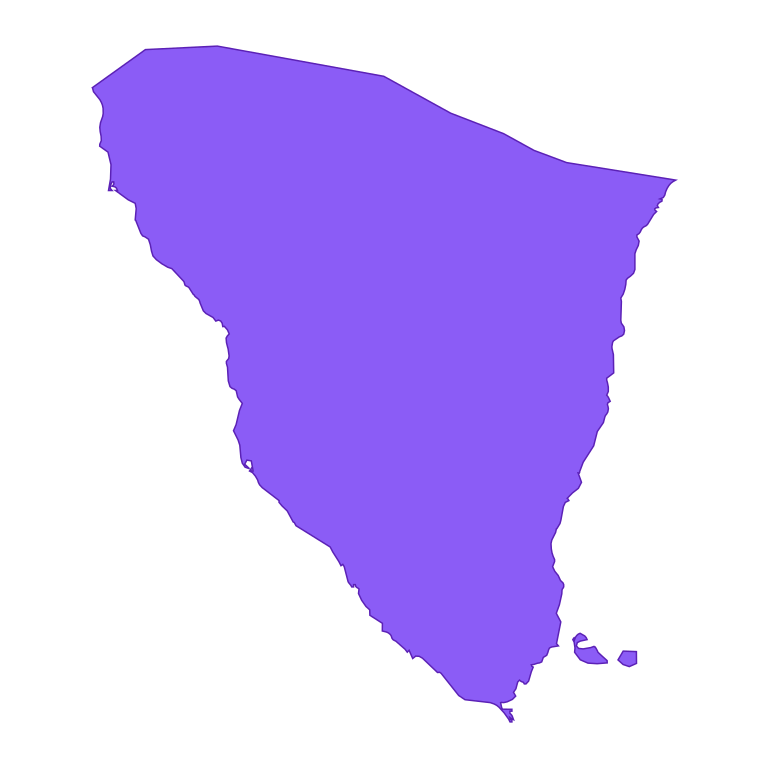 Janub Sina', Robinson projection
{"feature_id": "EGY-1557", "entity_name": "Janub Sina'", "entity_type": "Governorate", "adm_level": 1, "iso_a3": "EGY", "parent_name": "Egypt", "parent_adm1": "", "projection": "robinson", "projection_center": [33.959, 28.827], "detail": "fine", "context": "isolated", "style": "filled", "palette": "violet", "viewbox_px": 768, "rotation_deg": 0, "n_neighbors": 0, "source": "natural_earth", "source_scale": "10m", "svg_char_len": 4800}
<svg xmlns="http://www.w3.org/2000/svg" viewBox="0 0 768 768"><path d="M675.7,180.1L673.0,181.6L670.8,183.3L668.9,185.5L667.1,188.4L665.6,191.9L664.8,195.1L663.3,197.5L660.0,198.9L660.9,199.1L661.7,199.2L662.1,199.6L661.9,201.2L659.7,202.3L658.0,203.9L657.3,205.7L658.4,207.5L655.9,207.9L654.7,208.8L654.9,210.0L656.6,211.5L653.6,214.5L647.6,224.3L646.3,225.6L643.5,227.1L642.2,228.3L641.1,230.1L640.3,231.9L639.0,233.6L636.9,235.0L636.9,236.9L639.1,241.1L638.3,245.5L636.2,249.8L634.9,253.7L634.9,269.5L633.5,273.3L630.5,276.1L627.5,278.3L626.1,280.1L625.8,284.4L624.8,289.4L623.2,294.1L620.8,298.0L621.4,301.5L620.8,320.2L621.3,323.1L623.9,326.9L624.5,330.6L623.7,334.2L621.8,335.9L619.4,336.8L613.5,340.8L612.6,342.4L611.9,346.5L612.0,348.4L613.4,354.6L613.7,372.9L606.7,378.2L606.7,380.1L607.5,382.9L608.3,387.1L608.3,391.5L606.7,395.2L607.7,396.3L608.5,397.6L610.2,401.3L607.8,402.9L607.4,404.6L608.0,406.5L608.4,408.7L607.8,412.0L606.6,414.1L605.4,415.6L604.8,417.1L603.4,422.6L597.3,431.5L593.7,445.8L583.2,462.2L579.9,471.0L579.6,471.8L579.6,472.6L579.3,473.1L578.1,472.9L581.5,482.3L578.4,488.3L572.4,493.0L567.2,498.3L568.0,499.0L568.9,500.6L565.3,502.4L563.4,506.5L560.9,520.1L560.0,523.5L556.9,528.6L556.4,528.8L555.6,532.4L551.8,540.0L551.0,543.6L551.3,548.8L552.0,552.8L553.1,556.2L554.6,559.6L554.6,561.5L552.6,566.7L554.8,571.3L558.2,575.5L560.5,580.5L563.0,582.9L563.7,584.6L563.7,586.9L563.0,588.2L562.3,589.1L562.0,590.1L561.8,593.9L559.4,604.7L556.3,613.3L560.8,621.9L556.5,643.6L558.4,645.9L551.6,647.0L549.5,648.0L548.6,649.8L547.8,652.6L546.7,655.3L543.3,657.4L541.7,661.9L539.5,662.9L537.5,663.2L533.9,664.4L531.3,664.8L531.8,666.1L531.9,666.4L532.1,666.5L533.2,667.1L531.3,671.8L528.6,681.1L526.0,683.9L524.3,683.9L523.4,682.3L521.2,681.5L519.5,680.1L517.7,682.0L515.9,688.8L513.5,692.3L515.7,696.1L512.4,699.4L507.2,701.8L503.7,702.6L501.3,702.4L500.6,702.6L501.6,707.4L502.4,709.2L511.9,709.3L511.9,711.2L509.9,711.2L509.9,713.3L511.3,714.6L512.2,716.0L513.5,719.6L511.0,718.3L509.9,717.5L510.3,718.7L510.3,719.3L510.6,719.5L511.9,719.6L511.9,721.9L510.0,721.9L508.7,719.2L504.1,712.8L499.1,707.3L496.8,705.4L494.2,704.0L490.2,702.6L465.0,699.7L458.7,695.5L441.1,673.3L439.7,672.3L437.5,672.5L422.5,658.2L419.2,656.3L415.7,656.1L412.7,658.5L409.1,650.3L407.3,652.2L405.0,649.2L395.9,641.2L393.7,640.1L393.0,639.6L392.0,638.3L391.1,635.6L390.2,634.4L388.4,632.9L386.4,632.0L382.3,631.0L382.4,623.3L369.9,615.3L369.7,609.8L366.0,606.5L361.6,600.2L358.5,593.5L359.0,589.0L357.8,588.0L356.7,587.4L355.8,586.5L355.3,584.6L353.6,584.6L353.6,586.9L351.7,586.9L350.9,585.4L348.6,582.6L348.1,581.7L344.2,566.6L342.8,564.4L341.0,565.7L338.9,561.6L332.8,552.0L330.2,547.0L296.0,525.7L294.3,522.5L293.2,522.0L287.2,510.9L282.1,506.0L279.0,502.3L279.1,500.6L262.3,487.7L259.6,484.8L258.4,482.5L257.6,479.9L255.4,476.1L252.5,472.6L249.5,471.0L251.1,468.7L251.1,471.0L253.1,471.0L251.3,460.9L246.9,460.1L244.7,464.2L249.5,468.7L245.1,467.2L242.3,463.2L240.9,457.6L239.8,445.2L238.1,440.0L233.5,430.7L236.1,424.6L239.5,410.4L242.3,403.4L239.1,399.3L237.6,396.9L236.2,390.7L234.3,389.2L232.0,388.3L230.0,386.6L228.3,380.9L227.5,367.2L226.4,363.3L226.4,361.4L228.7,358.5L229.1,355.9L228.1,348.8L227.6,347.1L226.5,342.7L226.1,338.1L227.3,336.0L229.2,333.9L227.4,329.8L224.4,326.4L222.8,326.6L222.2,323.3L220.7,321.0L218.4,320.1L215.8,321.1L213.1,317.5L206.0,313.5L203.3,310.8L200.1,303.0L199.6,301.2L198.8,299.5L195.0,296.4L194.1,294.9L193.3,294.4L188.9,287.5L188.1,286.9L186.0,285.9L185.2,285.4L184.8,284.5L184.1,282.0L183.6,281.2L171.8,268.6L167.7,267.2L161.9,263.8L156.4,259.7L153.0,256.0L151.5,251.1L150.3,244.7L148.5,239.2L145.1,236.9L142.6,235.9L140.9,233.4L135.7,220.3L135.2,220.0L136.2,208.6L135.2,203.3L128.2,199.8L115.5,190.5L117.5,190.5L116.5,188.2L115.4,187.1L114.0,186.6L112.1,186.2L112.7,185.6L113.4,184.9L113.9,183.9L113.7,181.9L112.1,181.9L110.9,184.5L110.2,186.9L110.6,188.9L112.1,190.5L108.5,190.5L110.5,179.1L111.0,164.7L108.0,152.1L99.7,146.2L99.8,144.2L101.3,140.6L101.1,136.2L100.2,131.7L99.8,127.3L100.5,122.7L102.7,116.4L103.2,113.5L103.1,108.3L102.4,105.0L101.4,102.5L99.9,99.7L93.5,91.7L92.6,88.2L92.3,87.7L145.4,49.6L217.3,46.1L383.8,76.3L450.7,113.2L503.7,133.7L534.0,150.4L566.6,162.6L675.7,180.1ZM597.9,652.2L602.1,656.1L607.1,660.6L607.2,662.9L597.1,663.7L587.9,663.1L580.3,659.8L575.0,652.8L574.6,652.2L575.0,648.0L574.1,642.0L572.8,639.6L573.7,638.2L574.0,637.9L574.6,639.6L575.5,637.2L576.8,635.4L578.3,634.1L580.1,633.3L584.7,635.9L586.1,637.5L587.1,639.6L580.3,641.1L577.3,642.6L576.4,645.9L577.6,647.3L578.6,648.4L583.1,648.9L590.7,647.6L594.0,646.4L594.6,647.0L595.2,647.0L596.4,649.0L597.6,651.3L597.9,652.2ZM636.4,651.6L636.5,663.4L629.3,666.6L623.1,664.5L618.0,659.9L623.2,651.1L636.4,651.6Z" fill="#8b5cf6" stroke="#5b21b6" stroke-width="1.5"/></svg>